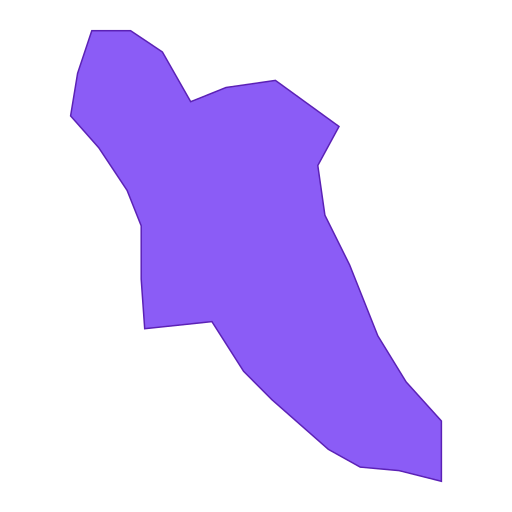 Malounta, Nicosia, Cyprus (Mercator projection)
{"feature_id": "46923920B69760563088960", "entity_name": "Malounta", "entity_type": "district", "adm_level": 2, "iso_a3": "CYP", "parent_name": "Cyprus", "parent_adm1": "Nicosia", "projection": "mercator", "projection_center": [33.179, 35.044], "detail": "fine", "context": "isolated", "style": "filled", "palette": "violet", "viewbox_px": 512, "rotation_deg": 0, "n_neighbors": 0, "source": "geoboundaries", "source_scale": "gbopen_adm2", "svg_char_len": 458}
<svg xmlns="http://www.w3.org/2000/svg" viewBox="0 0 512 512"><path d="M441.4,481.3L441.4,421.0L406.1,381.9L377.8,335.8L349.6,264.9L324.9,215.2L317.8,165.5L339.0,126.5L275.4,80.4L226.0,87.5L190.7,101.7L162.4,52.0L130.6,30.7L91.8,30.7L77.6,73.3L70.6,115.9L98.8,147.8L127.1,190.4L141.2,225.8L141.2,279.1L144.7,328.7L211.9,321.6L243.6,371.3L271.9,399.7L328.4,449.4L360.2,467.1L399.0,470.6L441.4,481.3Z" fill="#8b5cf6" stroke="#5b21b6" stroke-width="1.5"/></svg>